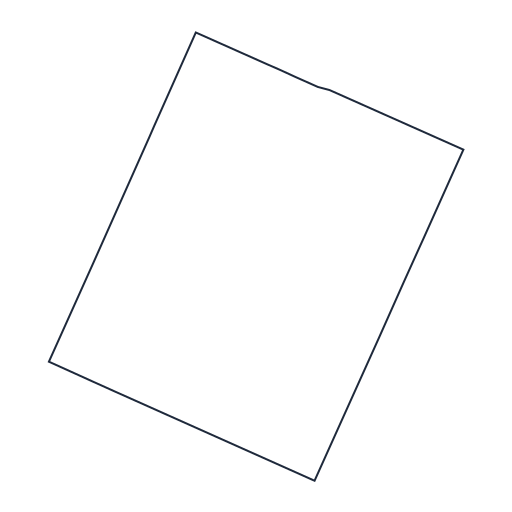 Oklahoma, Oklahoma, United States of America (Mercator projection), rotated 114°
{"feature_id": "52423323B99277183073993", "entity_name": "Oklahoma", "entity_type": "district", "adm_level": 2, "iso_a3": "USA", "parent_name": "United States of America", "parent_adm1": "Oklahoma", "projection": "mercator", "projection_center": [-97.512, 35.551], "detail": "fine", "context": "isolated", "style": "outline", "palette": "slate", "viewbox_px": 512, "rotation_deg": 114, "n_neighbors": 0, "source": "geoboundaries", "source_scale": "gbopen_adm2", "svg_char_len": 593}
<svg xmlns="http://www.w3.org/2000/svg" viewBox="0 0 512 512"><g transform="rotate(114 256 256)"><path d="M74.5,109.8L74.5,195.4L74.5,219.8L74.5,256.4L76.4,268.1L76.4,274.0L76.4,286.7L76.4,293.0L76.2,310.8L76.3,323.2L76.3,324.9L76.3,332.5L76.3,353.2L76.3,377.6L76.3,401.9L141.9,401.9L148.4,401.9L162.8,401.9L178.5,401.9L190.6,401.8L208.7,401.8L220.8,401.8L233.1,401.8L245.1,401.8L317.1,401.8L329.1,401.8L436.8,402.2L437.1,353.6L437.2,329.3L437.5,111.1L365.3,110.8L280.5,110.4L219.9,110.4L183.5,110.2L171.3,110.1L98.7,109.9L74.5,109.8Z" fill="none" stroke="#1e293b" stroke-width="2"/></g></svg>